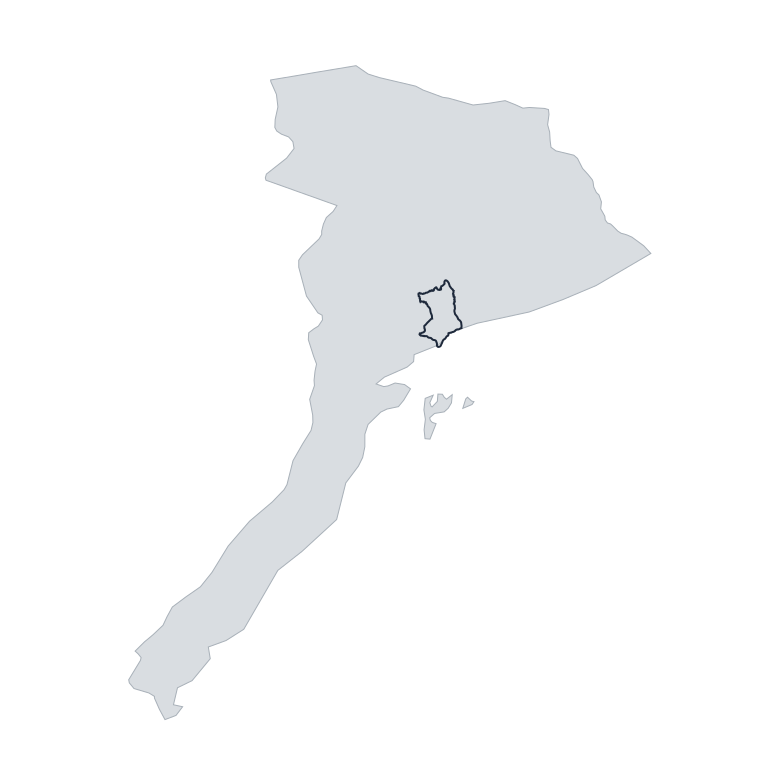 location of Shieb, Semenawi Keyih Bahri, Eritrea, rotated 86°
{"feature_id": "51966322B10496032300276", "entity_name": "Shieb", "entity_type": "district", "adm_level": 2, "iso_a3": "ERI", "parent_name": "Eritrea", "parent_adm1": "Semenawi Keyih Bahri", "projection": "orthographic", "projection_center": [39.092, 15.818], "detail": "fine", "context": "in_parent", "style": "outline", "palette": "slate", "viewbox_px": 768, "rotation_deg": 86, "n_neighbors": 0, "source": "geoboundaries", "source_scale": "gbopen_adm2", "svg_char_len": 7813}
<svg xmlns="http://www.w3.org/2000/svg" viewBox="0 0 768 768"><g transform="rotate(86 384 384)"><path d="M72.8,475.9L70.1,447.6L68.2,428.7L66.3,408.6L64.5,389.7L73.7,378.2L78.0,367.3L89.1,331.6L93.5,324.5L102.1,305.4L103.3,299.8L111.9,275.7L111.3,259.7L109.8,243.4L114.4,233.8L118.5,226.2L118.3,219.7L120.3,204.6L121.7,200.8L126.6,200.6L136.7,202.7L144.2,201.2L152.8,201.3L159.5,200.9L163.4,196.3L169.0,178.7L172.5,175.2L175.2,174.1L182.8,170.9L189.3,165.8L194.6,162.1L196.6,161.4L202.2,161.0L207.8,158.8L210.4,156.4L217.5,154.4L224.4,155.6L229.0,153.4L232.1,152.0L235.7,151.9L238.9,149.9L240.2,146.8L242.3,144.8L247.7,140.2L250.2,136.9L251.3,133.6L252.4,130.9L254.8,126.4L264.3,115.2L272.4,108.7L300.6,165.6L312.1,199.2L322.3,234.2L329.9,286.9L337.1,313.7L348.8,326.9L356.8,351.9L363.7,352.9L368.7,359.7L377.2,383.2L383.4,391.9L386.6,384.4L386.2,380.1L383.8,372.9L386.0,363.5L390.7,357.9L401.6,365.5L407.6,371.2L409.2,382.8L411.8,389.2L423.2,402.7L432.8,406.6L445.3,407.5L455.8,410.4L464.2,415.3L480.0,429.0L515.9,440.7L545.2,477.4L562.5,502.9L618.9,541.0L628.9,559.5L634.1,577.6L645.9,576.5L666.5,596.1L672.6,611.2L689.3,616.4L691.9,607.4L700.1,614.6L703.5,625.9L692.9,630.7L681.3,634.9L679.6,634.8L675.8,640.1L670.4,654.6L664.4,658.9L661.2,659.3L642.7,646.2L639.9,645.4L635.9,648.2L633.1,650.9L624.5,640.9L618.1,632.0L609.3,621.3L600.9,616.6L591.7,610.7L582.7,596.7L573.5,581.3L560.0,568.8L534.7,550.7L511.5,527.7L493.8,503.6L482.4,491.0L477.6,487.8L454.1,480.1L437.7,469.1L425.2,460.0L417.4,457.6L410.0,457.3L394.1,459.2L380.8,453.5L375.3,453.5L366.4,451.9L359.4,449.9L351.3,452.3L334.5,456.4L327.6,455.5L323.9,449.8L321.7,445.5L315.8,440.9L311.1,440.9L308.4,445.0L290.9,455.2L261.6,460.9L254.6,460.4L249.4,456.3L234.7,438.6L230.5,435.7L227.1,435.5L220.3,433.3L213.9,429.9L208.3,422.7L202.7,418.5L196.5,432.6L185.7,457.3L179.9,470.5L172.5,487.5L170.1,488.0L166.4,486.7L151.9,465.4L142.8,457.3L135.9,458.0L130.9,461.9L127.6,468.9L124.2,473.3L120.5,475.0L112.5,474.1L100.2,470.5L87.6,471.1L74.5,475.8L72.8,475.9ZM416.9,335.6L420.9,340.8L423.6,340.3L425.7,338.5L427.2,334.8L442.2,342.0L441.4,346.9L432.5,347.2L422.1,345.2L412.6,346.0L401.2,343.9L398.6,335.7L405.8,339.6L409.6,338.6L410.2,337.6L405.1,332.0L397.8,330.9L398.3,326.5L401.5,324.8L403.5,322.7L399.4,316.7L407.5,318.0L412.6,321.6L416.0,325.9L416.9,335.6ZM410.6,297.6L413.8,307.1L404.6,303.5L403.0,301.6L407.1,297.8L407.9,295.5L410.6,297.6Z" fill="#d9dde1" stroke="#a8b0b8" stroke-width="1"/><path d="M296.1,343.2L296.4,343.3L297.3,343.4L298.3,343.2L298.9,343.2L299.1,342.6L299.6,342.4L300.3,342.4L300.9,342.5L301.2,342.5L301.5,342.1L303.0,342.2L303.9,342.2L304.2,342.1L304.5,342.0L304.4,341.9L304.4,341.6L304.1,341.5L304.1,341.4L304.3,341.4L304.3,341.2L304.2,341.0L304.2,340.9L304.4,340.6L304.4,340.4L304.4,340.2L304.5,340.0L304.5,339.7L304.5,339.4L304.6,339.2L304.9,339.0L304.5,338.7L304.6,338.3L304.8,338.1L305.1,337.9L305.2,337.7L305.4,337.7L305.5,337.6L305.5,337.3L305.3,337.0L305.3,336.6L305.7,336.5L305.9,336.5L306.2,336.4L306.5,336.1L306.7,336.3L306.9,336.1L307.2,336.1L307.3,335.9L307.4,335.6L307.8,335.4L308.2,335.2L308.3,335.2L308.8,335.2L309.2,335.0L309.6,334.7L310.2,334.1L310.5,333.9L310.8,333.7L311.3,333.3L312.0,333.0L312.4,332.8L313.1,332.7L313.7,332.7L314.1,332.7L315.5,332.5L316.0,332.4L316.5,332.3L317.2,332.1L317.4,331.9L317.9,331.8L318.2,331.7L319.0,331.5L319.5,331.4L320.4,331.5L322.1,331.4L322.1,331.8L322.3,332.3L323.8,334.0L324.0,334.3L324.7,335.0L325.7,336.3L326.0,336.5L326.4,337.0L326.8,337.4L327.0,337.6L327.5,338.0L328.1,338.7L328.3,339.1L329.0,339.8L329.7,339.8L330.5,339.8L330.9,339.8L331.5,339.8L332.1,339.5L332.2,339.4L332.8,339.4L333.1,339.4L333.8,339.5L334.3,339.8L334.4,340.2L334.5,340.3L335.0,340.6L335.1,340.8L335.4,341.7L335.5,342.5L335.8,343.0L335.9,343.3L336.0,343.9L336.0,344.7L336.4,344.8L336.6,345.0L336.9,345.1L337.4,344.8L337.5,344.8L337.7,344.6L337.8,344.3L338.1,343.9L338.3,343.9L338.4,343.7L338.3,343.4L338.3,343.2L338.4,342.8L338.6,342.4L338.8,341.6L338.7,341.4L338.8,341.2L339.1,340.7L338.9,340.3L339.0,340.1L339.1,339.9L339.2,339.6L339.2,339.4L339.1,339.0L339.2,338.6L339.2,338.2L339.5,337.6L339.7,337.4L340.4,336.9L340.8,336.4L340.9,336.1L341.2,334.6L341.4,334.0L341.5,333.8L341.9,333.5L342.2,333.1L342.5,333.0L343.1,332.4L343.3,331.9L343.5,331.5L343.8,330.2L344.2,329.5L344.4,329.3L345.2,328.9L346.1,328.7L346.3,328.7L346.9,328.4L347.5,328.4L348.0,328.4L349.6,328.5L349.8,328.2L350.1,328.0L350.3,328.0L350.5,327.9L350.6,327.7L350.8,327.3L350.8,326.9L350.8,326.7L350.7,326.1L350.5,325.6L350.3,325.3L350.1,325.0L349.7,324.7L348.9,324.3L347.8,323.7L347.2,323.3L346.5,323.0L345.0,322.3L344.3,321.8L343.8,321.2L343.7,320.9L343.5,320.7L343.4,320.3L343.2,320.1L342.9,319.7L342.4,319.3L341.3,318.5L340.9,318.2L340.5,317.4L340.4,317.0L340.1,316.6L339.7,316.4L339.4,316.4L338.1,316.2L337.9,316.2L337.7,315.8L337.7,315.6L337.6,315.4L337.6,314.8L337.5,314.5L337.4,314.2L337.4,313.9L337.5,313.7L337.5,313.4L337.4,313.1L337.0,312.3L336.9,312.0L336.9,311.3L336.6,310.5L336.3,309.9L336.2,309.7L335.8,309.4L335.7,309.1L335.4,308.9L335.1,308.5L335.0,308.3L334.8,307.9L334.7,307.1L334.6,306.7L334.7,306.2L334.7,305.7L334.6,305.3L334.2,304.6L334.0,304.1L333.9,303.9L333.7,302.8L333.0,302.8L331.7,302.6L330.6,302.6L329.6,302.7L329.0,302.7L328.5,302.7L327.8,302.8L327.3,303.0L327.0,303.2L326.5,303.5L325.9,304.0L325.7,304.1L325.5,304.4L324.9,305.0L324.6,305.4L324.3,305.5L323.8,305.6L323.0,306.0L322.6,306.0L322.2,306.3L321.3,306.8L320.9,307.0L319.9,307.8L319.5,308.0L319.4,308.1L319.0,308.3L318.7,308.3L317.2,308.6L316.5,308.7L315.2,308.6L314.6,308.3L314.1,308.1L313.7,308.0L313.1,307.9L312.0,308.1L311.6,308.0L311.4,307.9L311.1,307.9L310.3,308.1L310.1,308.2L309.1,308.6L308.8,308.6L308.7,308.8L308.2,308.7L308.0,308.4L307.7,308.0L307.2,308.0L306.9,307.8L306.7,307.7L306.6,307.9L306.5,308.0L306.1,307.7L305.7,307.8L305.3,307.7L305.2,307.7L304.9,308.0L304.7,307.8L304.6,307.7L304.3,307.8L304.1,307.9L303.7,307.8L303.4,307.7L303.0,307.5L302.5,307.5L302.3,307.6L302.2,307.6L302.2,307.9L302.0,308.1L302.0,308.3L301.9,308.4L301.7,308.4L301.4,308.5L301.2,308.5L300.9,308.7L300.5,308.6L300.3,308.5L300.3,308.3L300.2,308.2L300.0,308.3L299.9,308.5L299.7,308.6L299.2,308.7L299.0,308.8L298.9,308.9L298.6,308.8L298.5,308.6L298.4,308.6L297.9,308.5L297.2,308.2L297.1,308.3L296.5,308.2L296.4,308.2L296.1,308.2L295.9,308.1L295.8,308.4L295.5,308.5L295.3,308.6L295.1,308.7L294.6,308.8L294.3,309.2L293.2,310.2L290.9,311.6L288.4,312.2L287.7,312.4L287.0,312.8L286.4,313.2L286.1,313.4L285.9,313.5L285.7,313.8L285.3,314.2L285.0,314.7L284.9,315.2L285.0,315.7L285.2,315.9L285.9,316.5L287.2,316.7L287.7,316.6L288.2,316.6L288.4,316.7L288.5,316.8L288.8,317.3L289.3,317.7L289.6,318.1L290.4,319.4L290.5,319.8L290.5,320.0L291.2,320.3L291.6,320.4L291.9,320.5L292.2,320.8L292.3,320.9L292.5,320.8L292.7,320.5L292.8,320.4L293.3,320.4L293.7,320.6L293.8,320.7L293.8,320.8L293.7,320.9L293.6,321.0L293.6,321.3L293.6,321.6L293.9,321.7L294.0,321.7L294.1,321.8L293.9,322.9L293.6,323.7L293.5,323.8L293.0,324.2L292.8,324.3L292.7,324.3L292.5,324.5L291.4,324.9L291.2,325.1L291.2,325.4L291.3,325.6L291.5,325.7L291.7,325.9L291.8,326.4L291.9,326.6L292.7,327.2L292.9,327.6L293.0,327.7L293.6,327.6L293.9,327.7L294.1,327.8L294.2,328.2L294.5,328.5L294.5,329.0L294.4,329.3L294.0,329.6L293.8,329.7L293.8,329.8L293.8,330.0L294.2,330.5L294.6,331.0L295.4,331.3L295.5,331.3L295.2,331.4L294.8,331.5L294.7,331.5L294.4,331.6L294.2,331.6L294.2,331.9L294.3,332.0L294.6,332.3L294.9,332.4L294.9,332.6L294.9,332.8L295.1,333.1L295.4,333.6L295.6,333.9L295.8,334.2L295.9,334.8L295.8,335.6L295.9,335.8L296.1,336.2L296.5,337.0L296.6,337.3L296.5,337.7L296.4,338.0L296.5,338.2L296.8,338.5L296.9,339.0L296.8,339.4L296.5,340.1L296.4,340.3L296.3,340.6L296.4,341.3L296.3,341.5L296.2,341.7L295.7,342.0L295.8,342.2L295.9,342.4L296.1,343.2Z" fill="none" stroke="#1e293b" stroke-width="2"/></g></svg>